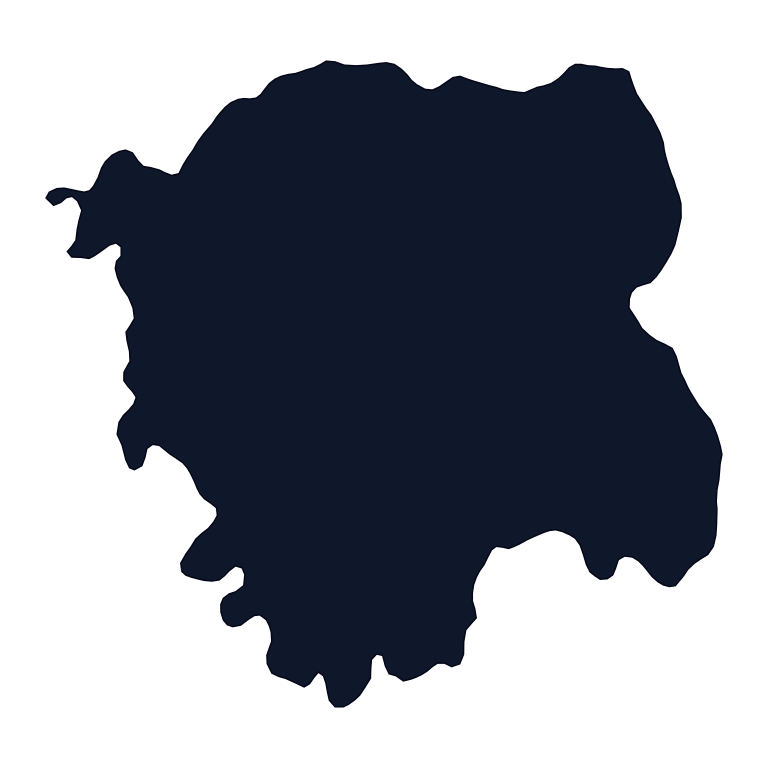 Indianópolis, Minas Gerais, Brazil
{"feature_id": "56859067B71925312752547", "entity_name": "Indianópolis", "entity_type": "district", "adm_level": 2, "iso_a3": "BRA", "parent_name": "Brazil", "parent_adm1": "Minas Gerais", "projection": "equal_earth", "projection_center": [-47.866, -18.967], "detail": "fine", "context": "isolated", "style": "filled", "palette": "ink", "viewbox_px": 768, "rotation_deg": 0, "n_neighbors": 0, "source": "geoboundaries", "source_scale": "gbopen_adm2", "svg_char_len": 4231}
<svg xmlns="http://www.w3.org/2000/svg" viewBox="0 0 768 768"><path d="M46.1,198.0L53.6,205.3L60.9,202.3L66.0,197.7L72.2,196.3L77.6,200.9L81.9,210.4L79.3,219.7L77.3,229.4L76.0,240.4L71.9,246.4L67.4,251.5L71.7,257.0L81.2,257.3L89.1,258.4L94.6,255.5L100.8,251.2L109.4,245.0L116.1,242.9L121.2,246.9L121.2,256.3L116.6,261.2L115.3,268.6L117.5,277.2L120.9,285.5L124.4,291.0L128.5,296.8L133.1,307.9L134.5,318.5L130.2,325.9L126.1,332.1L127.1,340.5L129.6,351.4L130.1,361.2L126.9,366.9L124.0,372.3L123.9,380.6L127.7,386.0L132.6,391.5L136.3,397.2L133.9,404.2L128.8,410.2L123.5,415.4L119.1,422.3L117.2,434.2L122.1,445.0L125.9,459.8L129.6,467.7L134.4,469.7L141.8,465.7L144.9,457.3L146.8,448.5L152.6,444.3L159.3,445.3L164.4,449.4L169.8,453.8L175.1,457.3L183.0,462.8L187.5,468.1L191.1,474.3L194.5,481.5L197.3,488.4L200.2,493.9L204.5,498.8L210.9,503.2L216.6,507.9L217.4,515.5L213.8,522.1L208.3,528.6L201.8,533.6L195.9,539.1L191.0,547.0L185.9,554.2L180.8,563.2L181.9,571.5L186.0,575.2L192.1,577.3L199.4,579.2L204.2,580.3L211.8,581.0L219.1,579.9L224.5,575.6L229.0,570.8L235.5,565.8L242.2,567.9L244.9,574.5L243.8,585.6L235.8,591.8L229.3,593.9L223.4,598.3L220.9,604.5L221.0,612.1L223.4,620.0L227.4,624.7L232.7,626.6L240.6,625.1L248.7,619.0L254.4,615.4L259.9,614.9L266.4,619.7L269.4,625.8L271.3,632.0L271.8,641.4L269.1,648.9L266.9,655.4L267.3,663.7L271.9,673.1L278.8,676.4L285.6,678.3L296.6,683.3L304.1,686.9L309.5,683.7L313.8,677.5L318.3,672.1L323.5,675.7L326.0,683.3L327.8,693.1L329.4,700.3L335.1,706.8L343.2,706.8L348.5,704.2L354.4,700.0L359.8,694.9L364.4,687.9L370.4,678.3L370.7,668.2L371.4,659.5L376.6,654.0L382.7,655.4L385.4,665.9L389.2,673.8L396.0,675.7L403.4,680.9L411.0,679.0L415.8,677.2L421.2,674.7L427.1,671.0L432.2,666.6L437.4,663.1L444.6,663.1L451.6,666.6L459.7,663.8L463.5,654.4L463.7,641.7L465.7,629.9L471.8,622.8L476.2,617.9L474.7,608.9L472.3,601.1L472.3,593.0L473.5,584.9L476.1,577.5L479.3,571.3L484.0,564.6L487.7,557.0L491.5,549.8L496.1,546.3L502.2,547.0L508.7,548.4L513.6,546.6L519.0,544.1L526.8,539.8L533.7,536.6L539.5,534.1L544.3,532.1L549.6,530.4L555.8,529.7L562.5,531.5L569.9,534.8L575.4,538.3L580.3,545.2L583.6,554.9L586.5,564.6L590.2,572.0L595.2,575.9L600.2,579.2L607.2,578.7L612.7,574.9L615.3,568.7L618.3,559.6L624.7,556.0L632.5,557.0L638.5,560.7L643.0,565.1L647.3,570.4L652.2,576.6L658.4,582.0L663.4,584.9L669.4,586.5L675.3,585.6L679.4,580.7L683.4,575.9L687.7,569.4L694.2,563.2L701.0,558.6L707.7,554.5L713.3,546.3L715.8,535.3L716.5,524.2L716.9,509.0L716.2,501.4L716.9,489.8L718.8,479.7L720.1,463.8L721.9,454.5L720.3,446.4L717.4,436.3L714.0,427.3L710.4,419.8L704.5,412.9L698.9,406.0L694.8,399.5L690.8,393.0L687.7,387.5L684.6,380.6L680.8,373.2L678.9,366.5L676.2,356.8L672.2,348.5L664.9,344.5L656.4,340.6L649.3,335.5L641.8,328.6L637.7,321.4L633.9,315.5L628.9,308.0L629.3,298.9L631.3,292.4L636.2,287.0L643.6,284.4L650.2,282.5L656.1,276.5L660.6,270.4L665.5,262.7L670.9,253.4L674.7,245.0L676.3,238.6L678.5,229.4L681.1,217.6L680.9,203.5L678.8,195.4L676.0,187.8L673.5,179.5L670.9,173.3L668.2,165.4L665.8,157.1L664.2,150.2L663.2,142.6L659.8,132.8L655.8,124.9L651.0,115.5L645.6,108.3L641.0,101.1L636.5,94.1L633.0,85.2L630.9,79.0L628.7,71.8L622.5,68.8L615.8,69.1L607.7,68.6L600.4,67.4L595.6,66.3L588.0,65.9L581.3,64.5L575.3,64.5L569.5,67.7L564.2,73.5L558.9,78.6L551.3,83.6L543.2,86.2L537.6,87.3L530.9,90.1L524.6,92.8L519.6,92.4L514.1,91.7L509.0,91.0L502.6,89.8L496.4,87.6L489.1,85.8L481.0,83.4L473.2,81.1L466.8,79.0L460.1,76.4L453.0,77.6L446.3,82.2L439.5,86.9L432.5,90.1L425.0,89.4L416.6,84.8L411.3,80.4L407.0,74.9L401.3,69.3L394.3,64.5L386.5,62.8L379.2,63.5L374.1,64.2L367.3,65.2L356.3,65.9L344.2,65.2L335.0,61.9L326.2,61.2L320.7,64.5L314.3,67.7L306.5,69.8L301.1,71.8L295.4,73.6L288.2,74.6L281.1,76.4L274.9,79.3L269.4,83.6L264.8,89.4L261.0,94.5L256.2,98.2L249.7,99.1L244.0,98.6L238.0,99.6L230.8,102.8L225.4,107.2L220.6,112.5L217.0,116.9L212.2,124.1L203.9,133.7L197.9,141.9L193.1,150.2L187.7,157.8L183.3,165.0L179.0,173.7L171.6,175.5L164.3,172.6L159.4,170.1L150.6,167.7L143.2,166.5L137.7,160.7L132.4,152.9L125.5,150.2L119.1,151.6L112.1,155.2L105.3,161.9L101.6,168.2L98.2,177.7L93.7,186.1L89.7,190.8L84.1,192.2L78.4,191.2L71.1,189.6L64.1,188.2L56.8,188.7L49.3,192.2L46.1,198.0Z" fill="#0f172a" stroke="#020617" stroke-width="1.5"/></svg>